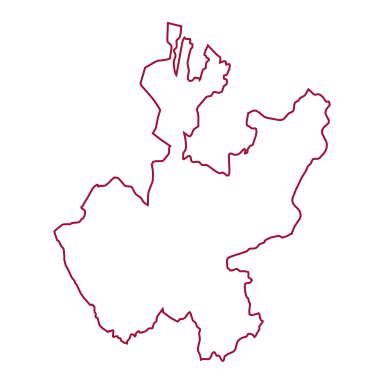 the border of Jalisco
{"feature_id": "MEX-2719", "entity_name": "Jalisco", "entity_type": "State", "adm_level": 1, "iso_a3": "MEX", "parent_name": "Mexico", "parent_adm1": "", "projection": "equal_earth", "projection_center": [-103.449, 20.863], "detail": "fine", "context": "isolated", "style": "outline", "palette": "rose", "viewbox_px": 384, "rotation_deg": 0, "n_neighbors": 0, "source": "natural_earth", "source_scale": "10m", "svg_char_len": 5957}
<svg xmlns="http://www.w3.org/2000/svg" viewBox="0 0 384 384"><path d="M127.1,343.5L124.2,342.7L121.8,341.1L121.0,340.5L120.5,338.4L118.5,338.0L118.0,337.4L117.8,336.5L117.1,336.2L113.4,336.9L112.9,336.4L113.4,331.6L113.3,330.6L112.3,330.2L110.1,331.3L109.0,331.0L108.0,332.0L102.9,328.5L100.5,326.4L99.0,324.0L98.2,319.9L97.5,318.1L95.5,317.0L95.8,314.6L95.7,313.6L94.5,311.8L94.4,306.9L92.5,304.7L90.1,304.9L83.6,297.6L80.5,292.9L77.0,285.3L75.0,282.6L74.6,281.0L71.9,277.7L71.1,276.2L69.4,272.3L65.6,265.1L64.3,259.8L64.3,255.9L63.8,250.0L63.4,248.5L61.2,246.1L58.9,241.3L57.1,240.1L54.3,231.8L55.3,230.3L62.5,224.6L65.4,224.2L70.1,224.2L72.1,223.0L78.8,222.3L80.6,220.7L81.5,219.1L82.9,218.5L84.4,216.1L84.9,214.5L85.1,211.5L83.8,209.7L81.8,208.5L81.3,207.1L82.9,205.9L84.2,203.0L87.6,197.7L92.3,189.0L94.4,186.5L96.8,184.9L97.7,184.8L98.4,186.6L98.8,186.7L100.3,185.7L102.3,186.1L105.6,185.4L108.5,183.0L111.2,180.1L114.0,177.7L114.6,177.5L116.6,177.6L118.6,178.4L124.4,185.2L125.6,186.1L130.7,186.6L132.1,187.5L135.0,193.1L136.0,194.3L140.3,197.4L141.6,198.8L143.3,201.9L147.7,205.1L148.0,203.3L147.9,197.0L148.7,191.5L152.5,181.7L152.8,179.9L153.0,173.0L152.7,169.6L151.8,164.3L153.3,161.7L156.0,161.2L161.2,161.1L162.7,160.8L164.0,159.8L168.7,153.9L169.1,152.4L169.1,148.6L169.5,147.0L170.3,146.1L161.4,140.0L152.8,133.4L155.4,128.9L156.2,126.5L157.8,118.0L160.2,110.0L156.5,104.0L152.5,98.3L142.2,86.5L140.9,84.8L140.5,83.4L145.1,67.7L154.9,62.0L158.1,60.7L164.8,60.0L168.8,59.0L169.9,58.4L171.6,47.8L171.5,46.3L170.8,45.1L167.8,42.0L167.3,40.4L167.9,23.0L181.3,26.3L180.7,32.7L180.2,36.0L179.1,38.1L177.1,39.9L176.5,40.9L176.7,46.4L176.3,47.7L174.1,49.8L174.1,51.2L175.5,55.0L175.5,56.4L174.0,60.6L173.8,62.4L173.9,65.7L174.6,70.7L175.8,74.4L176.4,75.1L182.4,41.7L183.9,38.2L184.6,37.6L185.6,38.8L190.0,39.1L190.4,40.1L190.0,42.1L190.0,43.1L192.3,44.1L192.5,44.8L192.4,47.4L190.9,48.7L189.7,52.7L187.5,62.6L187.5,63.6L188.8,69.9L188.8,71.6L187.9,76.4L187.8,78.9L189.1,80.6L190.2,81.0L191.9,80.6L192.8,80.1L194.4,77.9L195.0,77.6L198.2,78.1L198.9,78.4L199.6,80.0L200.3,79.1L202.1,71.9L203.0,69.6L205.7,68.1L206.0,64.0L206.7,62.0L208.8,60.2L209.0,59.2L208.7,58.6L206.6,57.8L206.2,56.2L204.4,54.8L204.3,54.2L205.9,49.8L207.9,45.4L216.2,54.1L220.2,57.4L220.5,58.3L220.0,62.6L223.7,61.2L224.8,61.2L225.7,61.8L226.3,64.7L228.8,64.0L229.5,64.4L229.9,65.6L229.4,68.8L227.2,74.0L226.4,74.9L224.0,75.6L223.8,76.6L223.9,78.6L224.6,79.0L225.6,79.1L226.8,80.0L227.0,82.2L226.5,84.4L223.9,86.0L222.1,91.1L221.3,92.1L218.9,92.9L215.1,92.0L213.4,92.2L211.5,95.4L210.8,96.0L207.6,96.5L206.1,97.2L197.8,107.1L196.8,109.5L198.1,114.2L198.4,117.7L198.3,126.2L196.9,127.4L195.0,128.4L193.5,129.9L191.2,135.2L190.1,136.2L188.6,136.1L184.1,132.9L185.4,139.0L186.1,145.3L185.8,148.5L185.4,150.1L183.3,153.0L183.1,158.0L183.3,159.1L184.0,159.2L188.0,156.3L189.4,155.9L190.5,156.8L191.3,160.8L192.2,161.8L193.5,162.2L197.7,161.7L199.0,161.9L201.8,164.9L202.9,165.2L206.1,164.9L207.3,165.3L217.2,172.3L219.7,173.3L221.9,172.6L223.5,172.8L227.0,175.6L228.6,175.3L229.4,172.7L229.4,168.6L228.8,155.8L229.5,153.8L230.9,153.5L234.0,154.7L236.0,154.8L238.1,154.3L240.0,153.2L243.5,149.4L244.7,149.1L245.5,150.1L244.9,152.5L245.1,153.4L246.5,153.2L247.4,152.3L247.7,149.3L249.6,146.5L250.0,146.0L252.3,145.1L253.0,144.1L255.7,136.2L256.5,132.1L256.1,129.0L255.1,128.4L252.6,128.5L251.5,128.3L248.5,126.0L247.2,125.6L246.6,123.8L246.7,121.5L248.2,113.1L252.4,111.1L254.7,110.5L256.7,111.0L259.5,112.8L264.4,116.9L267.4,117.9L279.4,120.1L281.2,120.0L283.0,119.4L284.6,118.2L288.6,113.5L292.9,111.4L293.8,109.5L294.3,104.8L294.9,102.8L296.5,101.6L298.3,100.8L300.3,97.9L303.8,96.1L305.3,94.9L308.3,89.4L309.3,90.0L313.6,94.2L315.3,94.7L318.3,94.2L320.2,94.8L322.9,97.1L325.9,101.5L327.1,101.7L328.4,101.5L329.1,101.8L329.7,105.0L327.0,108.4L325.8,110.5L325.4,112.6L325.9,114.7L328.9,120.2L328.6,123.0L323.6,127.6L322.0,130.4L322.2,133.6L326.3,141.8L326.7,143.4L326.9,145.1L326.5,148.5L325.3,151.1L323.9,153.3L319.8,157.8L318.0,158.8L313.4,158.9L312.5,159.7L310.7,163.7L307.9,166.2L306.1,170.6L301.8,177.4L295.5,190.6L292.7,197.8L292.3,200.6L292.9,203.2L294.4,205.4L298.1,209.0L299.6,211.1L300.1,212.2L300.7,215.8L299.8,218.7L294.6,226.4L292.2,232.2L292.0,233.6L290.8,233.9L286.5,236.4L284.2,236.9L282.6,237.7L279.0,235.8L270.8,237.5L265.7,240.0L264.8,240.9L264.5,242.2L263.8,242.7L259.5,244.2L257.2,247.0L255.7,248.1L253.9,248.5L250.4,248.6L248.9,249.1L247.0,251.3L231.7,256.3L229.4,257.2L227.5,258.6L226.9,260.7L227.2,265.6L227.7,268.2L229.4,269.4L230.2,270.5L232.0,270.4L237.0,268.8L240.0,271.3L244.3,271.2L248.0,271.9L248.5,273.0L248.4,276.9L248.7,277.6L250.4,278.6L252.0,280.2L250.6,282.2L248.7,283.1L246.7,283.1L245.2,283.8L244.7,286.5L245.2,291.8L246.1,295.6L247.0,297.4L248.3,298.6L248.8,301.4L249.9,303.6L250.0,305.0L249.3,310.6L249.5,314.5L252.0,315.2L258.7,313.3L259.3,314.0L259.9,317.5L260.8,320.1L262.8,321.2L262.5,322.4L259.9,325.3L259.3,326.6L259.4,329.0L255.4,336.3L254.4,337.0L254.0,336.8L253.4,335.4L252.2,334.5L250.7,333.9L249.2,333.8L247.8,334.3L246.5,336.6L243.1,337.5L240.3,338.8L237.9,341.1L236.9,343.2L235.7,348.2L234.8,350.2L233.4,351.6L228.1,354.0L224.6,356.3L224.0,359.7L222.8,361.0L221.6,360.1L219.7,356.5L218.7,355.5L216.6,355.7L214.9,352.7L214.0,352.1L213.0,352.6L212.0,354.1L211.0,356.6L209.6,358.8L208.6,359.2L202.8,359.0L201.0,359.8L200.1,355.1L198.1,350.9L197.8,348.6L199.9,339.5L199.1,333.0L200.0,330.3L200.1,329.2L197.0,326.6L196.1,323.8L195.2,322.3L192.8,320.5L190.6,313.5L189.7,312.2L188.0,313.4L185.2,317.6L183.3,318.8L179.6,319.3L178.5,321.1L177.4,321.5L171.0,318.1L163.0,312.1L163.3,311.7L162.7,309.0L157.4,316.1L156.9,317.6L156.3,321.4L154.6,322.7L153.8,323.9L152.8,327.3L152.2,328.3L149.5,328.3L148.3,328.8L145.5,331.3L140.9,332.8L140.2,332.7L139.1,331.4L138.5,331.2L135.7,333.6L135.7,335.4L135.5,336.0L134.9,336.4L133.3,334.6L131.5,334.3L130.8,334.7L129.9,337.9L127.1,341.5L127.1,343.5Z" fill="none" stroke="#9f1239" stroke-width="2"/></svg>